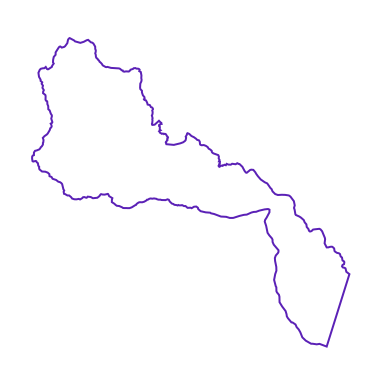 outline of Funes, Nariño, Colombia, rotated 3°
{"feature_id": "7082276B86870454083257", "entity_name": "Funes", "entity_type": "district", "adm_level": 2, "iso_a3": "COL", "parent_name": "Colombia", "parent_adm1": "Nariño", "projection": "mercator", "projection_center": [-77.378, 0.9], "detail": "fine", "context": "isolated", "style": "outline", "palette": "violet", "viewbox_px": 384, "rotation_deg": 3, "n_neighbors": 0, "source": "geoboundaries", "source_scale": "gbopen_adm2", "svg_char_len": 5907}
<svg xmlns="http://www.w3.org/2000/svg" viewBox="0 0 384 384"><g transform="rotate(3 192 192)"><path d="M30.5,165.2L30.6,167.2L31.1,169.5L31.8,169.9L34.2,169.2L34.9,169.4L35.4,170.4L36.6,171.3L37.1,173.7L38.1,174.9L38.0,175.9L38.5,177.4L41.2,179.4L44.4,179.4L46.9,180.2L48.6,181.6L48.9,183.7L50.9,184.3L52.1,186.1L55.7,187.1L57.9,188.7L59.7,189.1L61.0,189.9L61.9,190.9L63.5,196.2L64.3,197.2L63.8,198.5L64.3,200.5L65.3,200.7L67.8,202.0L69.5,201.9L71.6,203.5L72.6,204.8L74.8,205.4L76.8,205.4L79.4,204.8L80.6,205.3L82.7,203.9L83.5,202.9L84.7,202.7L86.8,203.3L87.2,203.2L88.1,202.1L91.1,202.3L93.4,203.4L97.8,202.7L99.7,201.0L100.7,199.4L101.3,198.9L102.8,199.2L104.9,199.2L108.0,198.3L108.4,198.5L109.5,200.5L112.8,202.3L112.4,204.1L112.5,206.3L115.1,207.8L116.5,209.0L117.7,209.7L120.0,209.8L122.9,210.9L124.1,211.6L130.4,211.4L132.6,210.5L136.2,208.0L136.8,207.8L137.3,206.8L139.2,205.3L140.4,204.9L142.7,204.9L144.8,204.2L147.2,202.6L147.4,202.1L148.7,201.8L149.7,201.0L151.2,200.6L152.6,200.8L154.4,200.4L156.9,200.7L157.5,201.1L159.0,201.4L161.0,201.3L161.9,201.6L165.9,201.5L168.0,200.6L169.3,201.0L170.2,202.6L172.5,204.6L174.1,205.0L175.0,205.7L177.5,205.9L178.2,206.2L179.1,205.7L179.7,206.0L182.0,205.9L182.7,205.6L184.8,206.5L186.3,206.4L188.3,208.0L191.5,207.8L192.5,208.2L194.8,206.6L197.0,206.3L198.7,207.4L199.1,208.7L201.6,210.7L206.7,211.6L211.2,211.7L212.1,212.3L215.2,212.8L222.2,215.0L227.4,215.0L231.0,215.9L234.6,215.7L240.7,213.4L245.0,212.1L247.9,211.7L252.4,209.4L254.6,208.7L257.1,208.4L260.1,207.1L265.3,205.6L268.2,205.1L269.3,205.1L270.3,205.6L270.4,208.2L267.9,213.6L266.5,216.0L266.2,217.8L267.8,221.9L269.6,228.8L271.5,231.3L274.3,234.2L274.9,235.4L275.1,237.7L276.4,240.3L281.4,245.6L281.5,247.3L281.0,248.5L279.0,251.0L278.2,253.6L278.6,256.6L280.1,262.4L280.4,266.2L279.4,269.6L278.6,275.5L280.6,281.8L281.2,282.7L281.5,286.6L282.1,287.8L284.2,290.1L284.8,292.0L285.2,297.5L288.0,301.6L291.7,306.0L292.8,309.1L293.2,311.2L294.4,313.0L298.1,317.0L299.2,317.0L302.3,318.9L303.6,321.5L305.7,323.6L307.5,326.4L309.8,331.4L313.4,334.5L318.9,337.3L320.2,337.2L324.5,337.6L327.3,337.0L334.6,339.3L353.5,265.8L350.3,263.6L349.3,260.3L348.5,259.8L346.5,259.4L345.7,258.3L346.2,256.9L347.6,256.1L347.8,254.1L347.5,253.4L345.9,252.5L345.2,249.6L343.8,248.5L343.0,246.2L341.9,245.5L340.0,245.2L338.2,244.2L337.4,243.4L336.9,240.9L335.2,239.5L334.6,239.3L332.9,239.5L330.9,240.2L329.4,240.3L327.1,236.3L327.4,232.1L327.0,230.7L324.0,224.4L322.3,222.6L321.1,222.1L315.7,223.0L314.7,223.3L313.4,224.8L311.9,225.3L310.8,224.5L310.3,223.0L308.4,220.9L307.9,218.3L306.1,216.4L305.1,214.2L302.2,211.9L300.5,210.9L296.9,209.5L296.4,208.8L295.4,204.3L294.7,202.6L295.3,200.0L294.2,195.8L290.7,191.6L289.4,190.6L288.3,190.3L285.0,190.0L281.6,190.1L277.9,190.5L275.2,189.7L272.4,187.2L271.3,184.9L270.1,183.9L266.7,179.5L264.2,178.5L260.0,175.9L257.0,172.8L255.0,170.3L254.3,169.1L252.1,166.7L250.1,166.6L249.0,166.9L245.7,169.9L245.2,169.9L244.7,169.7L243.4,168.2L241.0,164.2L238.0,161.6L236.8,161.5L236.0,160.9L235.5,161.0L234.2,162.0L230.6,161.7L229.3,162.7L226.8,162.7L225.1,162.1L224.4,163.5L222.9,163.1L221.8,163.9L221.2,163.8L220.9,164.3L219.5,164.1L218.9,164.9L218.0,165.4L217.6,164.7L217.3,164.7L217.2,164.3L217.7,163.6L217.6,162.8L218.3,162.2L218.3,160.2L217.3,160.1L217.8,158.5L216.9,157.1L217.0,155.2L216.3,153.8L211.3,152.3L210.2,151.6L209.7,150.9L209.5,149.8L208.1,148.7L206.3,147.8L205.4,146.4L203.5,145.2L201.3,144.5L199.2,144.8L197.9,144.4L197.5,143.8L197.1,141.3L196.3,140.1L194.3,139.6L193.4,138.7L191.1,137.2L188.5,136.1L186.3,134.2L184.5,133.5L184.1,133.8L183.7,135.5L182.8,137.1L183.3,138.2L182.9,140.6L182.4,141.3L180.6,142.8L177.8,144.0L171.4,145.9L163.9,145.6L163.2,143.8L163.3,143.4L163.9,143.1L164.2,141.8L164.8,141.3L164.5,140.7L164.5,139.9L164.6,139.3L165.0,139.4L165.2,138.9L164.9,138.2L164.0,137.4L163.0,135.8L162.4,135.4L161.5,135.4L161.0,135.6L160.8,135.3L159.5,135.2L158.9,135.5L156.7,134.3L156.5,133.3L156.0,133.0L156.7,132.1L157.3,131.9L156.5,131.2L156.5,128.7L155.6,127.8L155.7,126.7L156.0,126.5L156.3,126.8L157.2,125.6L158.0,125.6L157.7,124.5L157.1,124.3L155.3,122.6L151.2,126.7L149.1,127.1L148.6,126.9L148.4,126.0L148.7,124.9L148.8,122.3L148.5,121.3L148.8,120.4L147.9,117.6L148.3,117.0L148.5,115.7L148.5,114.1L148.0,112.7L148.7,111.4L148.6,110.8L147.9,109.8L146.6,109.4L145.3,107.4L143.1,107.0L142.5,105.1L141.3,103.0L139.8,102.6L139.2,102.1L139.1,101.9L139.8,101.2L139.5,99.7L137.9,98.0L136.8,95.2L136.7,93.5L135.0,91.9L134.7,90.5L134.7,86.5L135.6,84.3L135.8,82.7L135.4,80.9L135.4,78.3L134.6,74.9L133.0,74.1L133.3,72.6L132.7,72.0L131.9,71.7L130.1,71.7L128.9,71.2L127.2,71.5L126.6,72.2L124.2,73.1L123.9,73.8L122.6,75.0L119.8,75.0L118.0,75.4L116.9,75.1L116.5,74.3L115.6,74.2L113.6,72.7L112.6,72.4L104.6,72.3L101.0,71.5L99.9,71.8L99.2,71.7L96.2,70.2L95.2,68.7L93.6,67.2L93.0,66.9L92.2,65.6L90.9,64.5L90.7,63.9L89.6,63.2L89.0,62.1L88.7,60.0L88.1,58.5L88.5,57.2L88.5,55.5L87.9,54.3L87.7,51.9L85.7,48.8L84.4,48.0L83.2,47.8L80.3,45.5L78.8,46.0L76.0,47.7L72.7,48.9L67.3,47.7L66.3,46.8L61.8,44.7L60.9,45.3L60.2,46.6L59.7,49.9L57.6,53.1L56.7,53.8L54.4,54.6L53.0,53.6L52.1,53.8L51.4,54.6L48.5,59.7L48.6,62.1L46.9,64.3L46.4,67.2L46.4,69.8L47.2,71.0L45.8,73.1L45.5,74.4L42.1,76.9L41.4,77.0L40.7,76.7L39.4,74.8L38.1,76.1L36.4,76.3L34.5,76.9L33.6,77.9L32.4,81.0L33.2,85.0L34.9,87.7L35.0,89.0L36.7,90.3L36.2,91.8L37.6,93.6L37.2,95.8L38.7,98.0L38.1,99.6L38.1,101.1L40.4,102.7L40.8,103.8L40.9,107.5L41.5,108.5L42.6,109.0L42.7,109.3L43.0,111.9L43.9,113.7L44.2,116.9L45.6,118.0L46.9,121.2L48.0,122.7L48.1,123.7L47.6,126.1L48.9,129.5L48.6,130.3L47.3,131.1L48.2,132.7L48.4,133.9L48.0,134.9L47.1,135.8L46.7,137.6L44.9,141.1L44.0,142.2L41.8,143.9L40.2,145.8L41.0,147.8L40.9,150.1L40.5,150.9L40.7,151.9L40.5,152.7L39.6,154.3L38.5,155.4L38.2,156.3L37.3,157.4L34.8,158.6L33.1,159.1L32.1,160.8L32.2,163.5L31.0,164.0L30.5,165.2Z" fill="none" stroke="#5b21b6" stroke-width="2"/></g></svg>